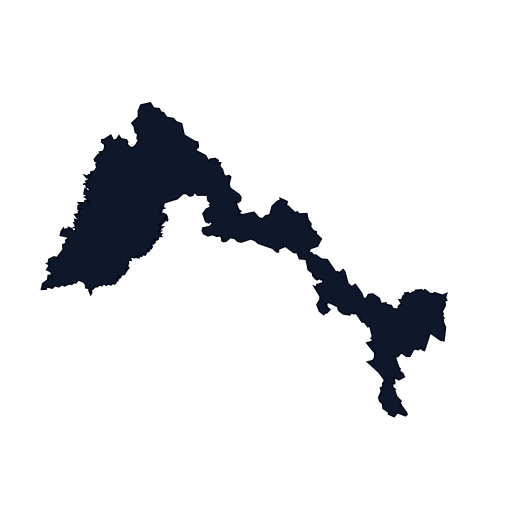 outline of Istmina, Chocó, Colombia, rotated 103°
{"feature_id": "7082276B37005238590154", "entity_name": "Istmina", "entity_type": "district", "adm_level": 2, "iso_a3": "COL", "parent_name": "Colombia", "parent_adm1": "Chocó", "projection": "robinson", "projection_center": [-76.831, 4.831], "detail": "fine", "context": "isolated", "style": "filled", "palette": "ink", "viewbox_px": 512, "rotation_deg": 103, "n_neighbors": 0, "source": "geoboundaries", "source_scale": "gbopen_adm2", "svg_char_len": 6104}
<svg xmlns="http://www.w3.org/2000/svg" viewBox="0 0 512 512"><g transform="rotate(103 256 256)"><path d="M315.8,128.6L323.6,118.5L328.2,117.6L331.6,118.6L334.1,123.6L341.7,110.0L348.1,102.7L352.1,103.9L354.5,102.8L356.6,105.0L359.5,103.5L366.4,104.6L369.6,102.8L371.6,99.4L376.0,97.9L378.5,91.4L380.2,91.4L381.5,85.2L376.8,83.0L378.1,74.4L376.6,73.2L375.1,73.8L370.2,79.3L369.9,81.1L369.2,80.4L366.2,82.8L364.8,81.9L361.3,87.3L354.9,91.2L354.5,90.5L353.2,93.1L349.7,94.4L349.3,92.3L347.8,92.3L344.4,94.3L343.7,91.7L344.5,88.9L340.3,84.2L337.5,86.5L335.7,90.4L333.4,90.2L332.4,92.0L323.1,97.6L321.8,95.0L317.5,92.7L319.9,87.0L319.2,83.5L312.0,81.6L310.5,79.2L311.0,77.4L308.5,74.0L310.1,72.6L310.2,70.6L291.7,69.0L296.3,57.7L296.4,53.8L282.9,55.3L278.6,58.4L275.0,59.8L274.4,58.8L272.1,61.0L270.4,60.6L268.4,62.1L261.7,60.5L257.1,61.9L256.2,60.2L254.0,62.1L249.6,61.7L252.3,65.4L251.6,73.9L252.8,74.7L253.5,78.0L250.8,83.8L252.6,85.0L251.7,87.0L253.4,92.6L255.8,93.7L256.0,95.4L258.5,97.4L257.3,99.7L258.8,102.8L260.0,101.6L261.5,103.6L266.0,104.2L266.4,106.7L269.8,103.5L272.5,105.8L276.1,105.6L276.4,110.6L273.8,113.1L274.0,117.6L272.4,118.9L274.3,123.5L269.6,126.3L266.7,133.8L268.3,137.8L272.2,139.0L273.6,141.4L268.3,144.9L261.4,152.8L264.5,155.9L262.0,160.3L251.4,165.9L249.6,168.0L253.7,171.0L252.8,173.1L253.9,174.5L243.5,185.8L244.3,191.8L241.6,197.7L242.2,200.4L240.4,202.4L240.9,205.3L236.6,204.8L232.6,198.3L224.6,196.2L221.1,202.1L218.8,202.8L218.4,205.9L215.4,209.5L212.3,209.6L208.9,213.5L203.2,216.1L205.4,223.2L203.7,225.8L205.1,227.9L200.2,235.9L200.7,237.6L195.9,237.9L194.4,245.4L195.8,244.6L198.2,247.8L204.1,251.5L212.7,251.7L214.7,255.7L218.1,257.8L218.4,261.4L213.8,267.9L218.9,278.6L218.7,281.0L216.6,282.1L215.7,281.0L214.8,283.3L207.7,288.2L208.1,285.7L205.6,283.6L202.2,283.9L200.0,286.1L195.7,296.5L191.9,298.5L184.7,298.4L183.6,300.4L185.3,303.3L184.0,305.6L179.4,308.1L176.6,311.6L173.1,311.5L173.8,314.2L171.3,314.4L170.1,317.5L172.0,322.6L174.2,323.7L169.5,327.6L167.0,337.5L165.9,338.9L162.7,336.7L158.1,338.4L158.2,341.2L154.3,353.2L143.8,358.3L143.2,363.9L140.6,367.3L141.0,374.4L137.3,378.1L137.0,381.2L134.2,383.5L134.9,389.0L130.5,393.4L134.8,402.2L141.6,403.3L146.7,401.8L154.5,406.9L157.1,403.8L162.7,401.4L163.5,398.7L168.3,398.3L169.6,396.4L175.2,398.2L178.0,400.3L178.5,402.9L175.9,407.0L173.8,406.6L171.9,408.4L172.2,413.8L169.6,416.6L173.5,417.9L175.1,419.8L175.0,421.3L170.9,424.6L176.7,430.2L177.3,432.4L179.8,432.0L181.4,428.4L185.3,427.8L188.5,428.5L189.9,431.9L191.3,430.3L192.7,432.7L198.1,435.3L199.9,434.2L200.0,430.2L202.4,432.7L205.5,431.0L209.6,432.5L211.3,435.8L215.0,435.2L214.2,437.1L216.3,438.5L216.0,441.1L218.0,438.5L217.1,437.6L219.6,436.1L221.5,438.8L223.4,436.5L224.8,440.6L224.6,437.8L227.6,436.5L226.5,435.3L229.1,432.5L230.6,433.9L228.9,437.8L234.3,437.6L234.2,435.0L235.9,434.5L237.0,436.2L238.9,431.6L241.5,431.0L239.7,432.9L240.4,435.0L242.8,435.2L244.0,441.1L246.1,438.7L247.0,440.7L250.4,440.0L249.7,436.3L252.4,439.2L254.5,438.1L256.4,442.0L259.3,438.6L258.9,436.4L261.1,437.6L261.1,440.9L263.8,439.4L264.5,440.9L268.0,438.0L269.2,439.7L269.3,438.1L271.7,437.3L272.9,440.0L270.8,441.6L270.4,445.3L272.0,444.7L272.5,447.7L274.8,448.5L272.3,449.9L275.9,451.4L279.9,451.3L279.8,444.1L281.4,442.9L283.3,444.9L286.4,443.8L288.5,446.9L293.0,445.3L301.1,449.0L302.9,447.8L303.6,448.7L302.2,450.2L302.4,452.9L306.0,457.2L309.2,456.7L310.4,458.2L311.0,455.7L312.7,455.5L316.5,456.9L317.4,452.6L320.6,450.4L321.7,454.1L326.1,453.6L330.9,457.6L336.8,457.6L335.6,453.1L333.1,452.6L333.2,447.3L330.2,445.4L330.4,441.2L327.4,438.3L328.3,436.0L325.0,431.6L325.1,429.1L322.9,427.5L322.9,425.4L319.2,423.8L320.3,418.0L322.2,415.6L325.3,414.6L325.1,411.0L327.1,411.1L330.9,408.3L328.5,407.8L327.0,409.0L321.7,405.4L321.9,404.0L319.6,402.1L319.6,399.4L317.1,398.3L318.3,395.4L316.6,394.3L316.8,390.7L314.6,389.4L315.2,387.9L314.3,386.7L311.3,386.2L311.2,385.1L309.8,385.9L308.9,384.4L306.9,385.2L307.4,383.2L304.6,382.8L303.5,380.0L299.1,378.7L298.4,379.5L298.4,378.3L296.2,377.1L293.8,379.6L292.3,378.4L290.1,379.4L288.4,378.3L288.4,376.7L286.2,378.1L284.7,375.9L285.2,373.9L283.8,372.9L284.3,371.7L282.9,371.9L284.1,369.6L281.8,368.9L282.1,366.7L281.6,367.8L280.2,366.6L280.0,364.1L276.2,363.1L275.8,362.0L274.4,363.2L274.6,361.3L273.5,362.2L272.6,359.8L270.1,359.1L269.2,360.4L267.0,360.2L267.6,359.2L265.8,357.6L265.6,359.3L264.5,357.8L262.6,358.9L262.0,357.6L263.1,356.9L261.8,355.1L258.9,355.4L258.2,352.5L257.5,353.6L255.7,352.7L255.6,354.4L254.1,355.3L253.2,354.3L253.6,356.4L248.6,353.2L249.5,355.8L248.2,355.2L247.7,357.4L246.3,355.1L244.8,355.8L245.2,354.3L242.8,352.9L241.6,354.2L241.5,352.2L240.5,352.2L241.7,350.5L240.4,350.1L239.1,351.0L239.9,351.8L238.2,351.4L238.9,353.4L237.2,352.1L237.0,353.4L236.0,352.9L235.3,356.3L237.0,358.1L236.5,358.7L235.2,358.0L234.3,359.5L233.5,357.9L231.9,358.1L230.8,359.7L230.9,357.3L229.9,355.9L229.6,357.4L224.9,357.5L217.9,345.5L211.9,341.5L210.8,338.5L212.5,333.8L211.0,331.2L209.0,331.0L207.9,329.5L209.9,326.9L207.7,317.3L212.7,315.3L215.1,311.1L216.4,312.7L217.0,311.6L219.2,311.9L221.6,315.1L226.6,317.2L233.8,312.8L234.4,309.6L232.2,307.5L234.4,305.8L237.7,307.7L240.7,314.1L243.4,314.1L246.0,312.1L247.2,307.3L244.9,303.2L245.7,298.5L244.3,295.8L245.9,293.5L248.8,292.7L249.3,291.0L248.4,288.6L243.7,285.1L243.7,280.7L245.8,277.2L245.8,273.6L240.5,265.0L241.1,260.5L243.2,256.5L244.7,241.7L247.4,236.5L247.0,235.1L244.3,235.6L239.9,229.5L244.1,220.0L243.5,216.6L248.9,213.1L247.9,206.4L257.7,202.0L259.7,197.3L262.4,196.2L265.0,192.6L265.5,191.0L263.4,188.8L264.6,187.4L263.8,185.6L267.1,184.8L268.8,188.1L270.7,188.6L269.9,190.1L272.8,190.4L272.4,192.7L281.0,184.4L284.2,183.9L289.7,185.7L295.5,181.7L297.9,176.8L296.4,176.4L295.5,174.2L291.6,171.9L289.8,175.3L286.9,176.4L286.5,177.8L284.9,174.0L287.3,163.9L288.6,164.4L290.8,162.6L292.8,158.0L292.4,151.5L289.8,150.0L290.3,147.9L289.0,148.3L290.1,144.5L296.5,137.8L296.0,135.5L299.8,131.1L298.7,130.0L299.5,128.8L308.2,124.5L310.5,125.3L310.9,123.5L313.2,123.8L315.8,128.6Z" fill="#0f172a" stroke="#020617" stroke-width="1.5"/></g></svg>